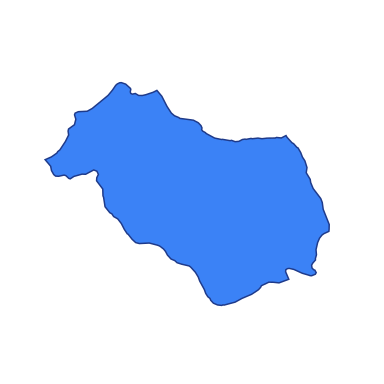 the district of Quezaltepeque, Chiquimula, Guatemala, rotated 62°
{"feature_id": "79465075B70587573094312", "entity_name": "Quezaltepeque", "entity_type": "district", "adm_level": 2, "iso_a3": "GTM", "parent_name": "Guatemala", "parent_adm1": "Chiquimula", "projection": "albers", "projection_center": [-89.461, 14.613], "detail": "fine", "context": "isolated", "style": "filled", "palette": "blue", "viewbox_px": 384, "rotation_deg": 62, "n_neighbors": 0, "source": "geoboundaries", "source_scale": "gbopen_adm2", "svg_char_len": 2294}
<svg xmlns="http://www.w3.org/2000/svg" viewBox="0 0 384 384"><g transform="rotate(62 192 192)"><path d="M236.2,243.3L237.7,242.9L241.3,242.0L244.5,239.4L247.4,238.4L250.9,235.0L255.9,229.3L257.0,228.7L258.1,228.3L264.5,226.7L270.0,226.4L274.2,227.0L283.9,226.9L288.0,227.5L291.9,227.2L294.4,226.1L296.4,226.3L300.2,225.3L303.7,222.5L306.1,219.0L306.2,217.6L306.9,216.8L309.5,205.6L309.4,197.8L310.3,187.3L309.5,179.2L308.4,176.2L307.3,174.7L307.7,166.5L309.8,162.7L313.1,157.8L314.5,147.5L306.4,146.8L304.6,145.6L304.5,143.6L305.1,142.0L308.2,138.4L315.5,132.8L320.3,127.9L321.3,127.0L322.1,125.7L322.5,121.7L321.5,120.2L318.7,120.2L317.7,121.1L315.3,121.7L312.7,120.7L311.5,118.8L310.0,114.9L308.7,114.3L305.9,111.6L301.2,109.6L295.6,104.8L292.6,101.0L291.1,97.6L290.7,95.2L291.0,89.6L289.2,88.4L285.1,86.1L268.9,84.3L262.4,81.9L258.2,81.4L245.8,83.4L239.5,82.8L236.3,81.7L228.6,82.1L224.4,79.0L217.5,77.7L213.0,78.1L208.1,77.5L202.8,77.7L201.7,78.5L197.0,79.6L195.5,80.6L188.4,82.4L186.3,82.5L186.2,87.8L183.5,91.8L183.4,93.2L179.7,100.4L177.8,105.2L175.4,108.4L173.2,113.9L172.4,114.7L170.9,119.6L170.2,120.3L169.3,122.9L169.3,126.8L167.8,130.3L164.9,132.9L164.6,134.2L159.8,140.4L159.5,141.3L155.0,146.7L146.9,152.1L146.0,152.2L143.2,154.0L141.5,154.2L140.1,153.1L137.6,152.9L133.9,153.9L129.3,157.0L127.4,159.6L121.2,168.3L120.2,168.6L116.4,171.7L112.6,173.2L104.6,173.9L93.3,173.7L85.8,175.3L85.7,179.5L84.4,187.2L83.5,190.5L81.7,193.8L78.4,195.8L77.6,198.7L76.2,199.8L74.6,199.5L72.7,197.9L71.7,197.7L65.6,199.9L62.3,203.0L61.6,204.5L61.5,207.3L62.0,209.3L64.7,214.4L67.3,220.7L71.4,240.9L71.5,246.6L67.7,254.7L67.5,258.2L68.7,259.5L73.2,260.4L77.4,264.2L78.4,271.4L80.0,272.8L83.8,274.2L88.0,280.1L92.8,288.9L93.3,291.6L94.2,293.1L95.0,299.7L94.5,306.5L102.9,304.7L107.1,306.0L111.7,305.9L113.9,305.0L115.5,302.4L117.0,297.0L118.3,295.7L122.1,294.4L123.2,293.4L122.8,288.9L124.6,280.7L126.4,277.6L126.4,268.4L129.0,266.2L132.5,266.4L134.7,269.4L137.3,271.0L147.5,269.4L153.6,272.4L155.3,272.6L164.2,275.7L171.7,274.3L173.7,273.0L176.9,272.7L178.9,271.4L180.8,270.2L186.7,269.2L193.3,269.3L198.5,268.8L199.4,268.2L205.6,267.1L210.2,265.5L212.8,262.7L217.0,253.7L222.7,247.5L224.4,246.0L228.9,243.9L232.0,243.3L236.2,243.3Z" fill="#3b82f6" stroke="#1e3a8a" stroke-width="1.5"/></g></svg>